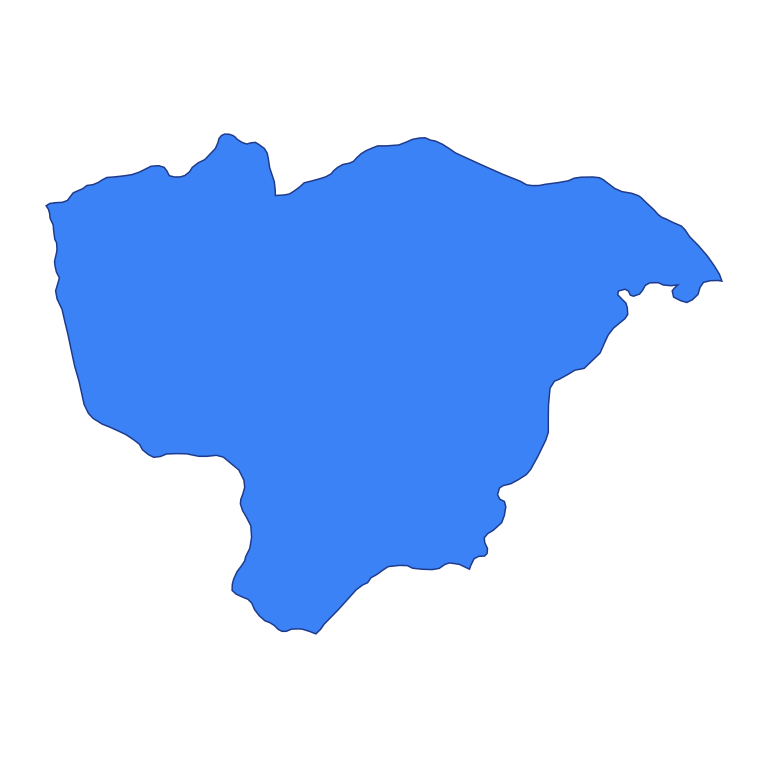 Ogoouè et Lacs, Moyen-Ogooué, Gabon (Mercator projection)
{"feature_id": "22940354B45576072672451", "entity_name": "Ogoouè et Lacs", "entity_type": "district", "adm_level": 2, "iso_a3": "GAB", "parent_name": "Gabon", "parent_adm1": "Moyen-Ogooué", "projection": "mercator", "projection_center": [10.178, -0.763], "detail": "fine", "context": "isolated", "style": "filled", "palette": "blue", "viewbox_px": 768, "rotation_deg": 0, "n_neighbors": 0, "source": "geoboundaries", "source_scale": "gbopen_adm2", "svg_char_len": 3550}
<svg xmlns="http://www.w3.org/2000/svg" viewBox="0 0 768 768"><path d="M154.2,166.0L150.9,166.3L144.6,169.5L139.1,172.2L132.0,174.6L124.4,175.8L114.5,176.9L106.7,177.5L102.2,179.9L98.0,182.6L92.8,184.7L86.8,185.5L82.9,188.6L77.3,191.0L73.3,192.8L69.9,197.1L67.4,200.5L62.4,202.3L55.3,202.7L49.7,203.5L46.1,205.8L48.4,209.2L49.6,213.4L50.1,218.3L53.2,225.0L53.6,230.4L54.8,239.4L56.6,242.8L57.0,249.8L56.5,252.8L54.5,261.6L55.2,266.8L56.4,272.0L59.4,277.9L56.4,288.3L55.6,290.8L57.1,299.0L62.1,309.5L65.2,323.2L67.8,333.8L70.7,347.6L74.6,365.9L79.0,381.2L81.7,393.4L84.1,404.4L88.4,413.3L93.1,418.4L102.2,424.1L109.0,426.8L117.5,430.6L125.8,434.5L134.0,440.0L139.5,444.3L142.5,449.8L148.4,454.6L153.7,457.3L160.4,456.5L166.5,454.0L176.5,453.6L186.5,453.8L198.9,456.3L207.0,456.3L216.4,455.3L223.3,457.1L233.3,465.4L238.8,469.9L243.9,480.1L244.7,487.4L242.7,494.5L240.8,499.4L240.4,503.9L242.5,510.4L246.5,517.3L250.8,525.7L251.6,537.3L249.8,548.3L245.7,556.6L244.7,560.9L241.2,566.2L237.0,571.7L233.7,579.0L232.3,584.3L232.1,590.4L236.1,594.1L240.8,596.3L242.4,597.0L248.0,599.3L251.8,603.2L254.5,609.5L259.1,615.6L264.8,620.7L269.9,622.7L274.2,625.4L278.1,629.3L281.9,631.3L286.4,631.3L291.5,629.1L298.4,628.9L302.1,629.1L309.8,631.5L315.9,633.9L320.6,629.3L324.1,624.2L338.3,609.7L356.2,589.8L362.7,584.9L367.6,582.7L370.9,577.8L376.8,574.5L383.3,569.8L388.2,566.6L399.6,565.4L407.3,565.6L412.6,568.2L421.7,569.2L432.1,569.6L439.2,568.4L445.1,564.3L449.6,562.9L459.2,564.3L469.5,569.2L470.6,565.8L474.0,558.8L478.5,556.4L484.6,556.0L487.1,553.4L487.5,548.5L484.8,542.8L484.2,537.9L487.7,533.6L493.4,530.2L501.7,522.6L504.4,515.3L505.8,506.7L504.4,501.5L499.9,499.2L497.5,494.7L499.5,488.0L503.1,485.6L510.7,483.8L518.6,479.5L526.3,474.6L530.6,469.5L537.7,456.7L545.7,440.2L548.3,432.3L548.3,416.0L548.5,405.0L550.0,388.3L554.4,381.2L559.5,379.1L569.5,373.5L574.8,370.2L584.1,368.4L600.0,353.1L602.9,346.6L604.7,342.5L608.2,335.0L613.5,328.1L619.4,323.2L625.1,318.5L627.7,314.4L627.3,307.7L625.9,303.1L622.3,299.5L617.7,294.7L618.5,291.0L625.0,289.2L628.4,291.1L630.4,295.2L633.6,296.2L639.6,294.0L642.5,290.4L645.3,285.4L649.9,282.8L658.4,282.7L663.3,285.0L671.0,285.7L677.8,284.9L674.0,288.5L672.2,290.9L673.6,297.1L680.9,300.8L686.8,302.5L692.5,299.7L698.0,294.4L700.0,287.5L703.4,282.4L710.1,280.7L718.3,280.5L721.9,281.1L719.4,274.2L714.4,266.0L707.2,255.8L698.3,245.5L689.6,236.7L685.1,229.9L681.3,226.0L672.8,222.4L665.7,218.8L662.1,217.5L658.2,214.6L653.8,209.7L646.2,202.6L640.9,197.4L638.4,195.7L631.8,193.3L621.9,191.6L614.6,188.4L603.1,179.6L599.4,177.7L592.7,177.0L580.9,177.2L574.2,178.2L568.2,180.8L558.9,182.5L545.3,184.3L539.4,185.5L532.5,185.6L526.8,184.9L520.2,181.2L502.8,174.3L480.3,164.3L455.4,152.9L449.6,148.8L442.5,144.3L435.3,141.0L430.7,140.2L425.2,137.8L419.8,138.0L412.6,139.3L406.2,142.1L398.7,145.0L385.7,145.9L377.6,145.9L372.3,148.0L366.2,150.6L361.1,153.7L356.4,158.1L353.7,161.2L349.7,163.1L342.8,164.5L337.6,167.4L333.7,170.7L331.2,173.8L325.8,176.8L319.9,178.7L311.9,180.9L304.2,182.8L299.5,187.1L294.2,191.0L289.4,194.0L284.2,195.0L275.4,195.5L275.2,189.9L274.3,181.7L271.3,172.6L269.7,167.8L268.1,157.6L267.2,153.2L264.4,148.5L258.6,144.3L255.4,142.4L251.1,142.8L246.8,144.0L242.2,142.5L237.3,139.4L235.2,137.1L233.1,135.6L229.1,134.2L224.6,134.1L221.5,135.5L219.0,138.5L218.0,142.5L215.4,148.5L208.4,155.8L204.8,159.6L198.2,162.8L192.3,167.4L189.5,171.8L184.9,175.5L180.4,176.9L174.6,177.0L169.3,175.7L166.8,170.8L164.2,167.4L158.8,165.7L154.2,166.0Z" fill="#3b82f6" stroke="#1e3a8a" stroke-width="1.5"/></svg>